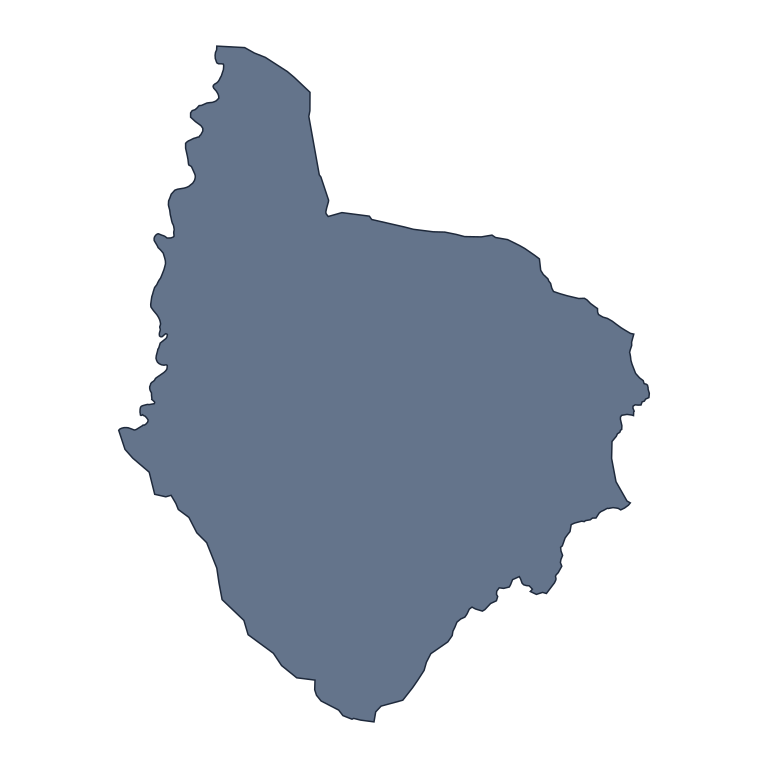 Villa Hidalgo, Oaxaca, Mexico (Albers equal-area conic projection)
{"feature_id": "50627088B9411614627727", "entity_name": "Villa Hidalgo", "entity_type": "district", "adm_level": 2, "iso_a3": "MEX", "parent_name": "Mexico", "parent_adm1": "Oaxaca", "projection": "albers", "projection_center": [-96.166, 17.184], "detail": "fine", "context": "isolated", "style": "filled", "palette": "slate", "viewbox_px": 768, "rotation_deg": 0, "n_neighbors": 0, "source": "geoboundaries", "source_scale": "gbopen_adm2", "svg_char_len": 5781}
<svg xmlns="http://www.w3.org/2000/svg" viewBox="0 0 768 768"><path d="M118.7,430.3L125.0,449.4L132.8,458.2L149.2,472.2L154.7,494.3L165.8,496.8L171.1,495.3L175.9,503.5L178.3,509.5L188.9,517.4L196.8,532.8L206.6,542.6L206.8,542.8L207.0,543.5L216.8,568.1L219.0,583.0L222.1,599.6L243.9,620.4L248.1,634.7L273.4,653.3L281.6,665.6L296.7,677.8L315.0,680.1L314.7,689.8L316.5,695.3L321.1,701.0L338.7,710.1L342.9,715.6L352.0,719.2L353.7,718.4L360.6,720.1L374.0,721.9L375.7,711.9L381.1,706.1L402.8,700.2L412.6,687.7L417.7,680.3L424.1,670.4L426.4,662.3L430.8,653.7L447.8,641.9L452.2,635.6L452.9,631.3L454.9,627.2L456.9,622.2L460.7,619.0L464.9,617.1L467.0,614.0L469.3,609.1L472.0,607.1L475.5,609.0L482.4,611.1L484.9,609.6L490.6,603.5L496.4,600.8L497.7,596.5L496.5,594.4L496.7,591.3L499.2,587.8L503.6,588.4L509.3,587.0L510.6,584.6L511.5,582.3L512.6,579.6L514.0,579.0L519.3,576.6L520.6,579.0L522.1,583.2L523.7,584.8L526.4,585.6L529.2,585.8L532.4,589.2L530.3,591.5L536.4,594.4L542.6,592.4L546.4,593.5L554.5,582.8L555.8,580.0L556.0,578.8L555.5,576.2L556.1,574.9L558.2,572.7L561.8,566.2L560.4,562.6L560.9,559.6L562.6,555.4L561.0,551.0L560.6,547.3L562.3,545.9L565.1,538.0L567.5,534.7L570.0,531.6L571.2,524.6L574.5,523.1L581.6,521.2L584.3,521.6L585.5,520.6L587.8,520.2L590.3,519.8L592.4,518.1L596.0,518.0L599.2,513.0L601.1,511.5L603.5,510.4L605.3,509.4L607.3,508.3L608.3,508.5L610.9,508.0L612.1,507.8L612.9,507.6L616.2,508.0L618.3,508.4L620.7,509.9L624.6,508.0L628.4,505.2L630.3,502.9L627.0,501.0L616.0,481.7L611.6,458.4L612.0,441.5L616.3,436.3L617.4,433.8L619.8,432.3L620.6,430.1L621.7,429.5L621.9,425.7L621.2,422.7L620.4,419.2L620.5,416.9L621.7,415.3L627.0,414.4L631.6,415.0L633.5,415.6L633.7,411.8L634.2,411.2L632.9,408.1L633.1,406.1L635.2,404.8L638.0,405.1L641.0,405.0L642.1,401.9L644.4,401.1L645.6,399.1L648.9,397.6L649.2,394.7L649.3,393.2L648.5,390.6L648.1,389.1L648.1,387.7L647.5,385.2L646.5,384.3L644.1,383.6L643.2,380.6L639.5,377.8L635.6,373.4L632.0,364.1L630.9,360.2L630.5,356.5L630.0,353.8L629.6,352.4L630.2,350.0L631.7,345.5L631.6,342.2L632.5,338.8L633.8,334.1L630.5,333.4L624.9,330.1L621.2,327.8L616.5,324.4L612.3,321.2L607.4,318.4L602.9,317.1L601.0,316.0L598.5,314.5L597.6,312.1L597.5,308.5L596.2,307.7L590.5,303.5L587.0,299.9L584.4,298.3L578.7,298.5L567.3,295.8L559.7,293.6L553.5,291.5L551.8,288.2L550.6,283.4L548.8,281.1L547.9,278.8L543.3,274.5L540.7,270.3L539.9,263.1L539.4,258.9L534.5,255.2L524.8,248.5L519.5,245.5L507.6,239.6L495.5,237.5L492.0,235.1L481.3,236.9L464.6,236.6L456.2,234.4L444.8,232.1L433.3,231.8L413.4,229.3L404.5,227.0L371.7,219.5L369.4,216.2L368.2,216.0L341.9,212.6L328.2,216.5L326.1,213.7L325.8,212.0L326.7,207.9L328.4,201.9L328.6,200.2L320.9,177.0L319.3,174.9L308.8,116.4L309.9,110.8L310.0,92.3L294.4,77.5L287.4,71.6L265.4,57.4L254.3,53.0L244.7,47.6L216.8,46.1L216.6,50.0L215.5,52.3L215.1,55.3L215.2,56.8L215.3,58.7L215.9,60.2L216.4,61.8L217.0,63.0L218.6,63.8L220.3,63.8L221.5,63.8L223.3,64.1L223.5,64.6L223.7,65.7L223.6,67.3L223.4,69.7L222.5,72.3L221.9,74.2L221.3,76.0L220.4,77.5L219.3,79.8L218.1,81.6L216.6,83.0L214.8,84.0L213.4,85.3L213.1,86.7L213.8,88.3L216.3,91.1L217.8,93.6L218.6,95.7L218.8,98.2L217.4,99.6L216.2,100.8L214.6,101.6L212.3,102.4L209.9,102.6L206.9,103.0L201.5,105.4L199.1,105.6L196.9,108.1L195.0,109.7L192.2,110.6L190.6,112.9L190.6,117.2L195.4,121.6L201.0,125.7L202.8,128.3L202.8,131.1L201.4,133.6L200.8,134.8L199.8,135.6L199.1,136.9L197.4,137.2L195.6,137.9L193.9,138.3L192.2,139.1L190.5,140.0L188.4,140.9L187.1,141.8L185.6,143.3L185.6,145.9L185.6,148.2L187.4,156.3L187.6,157.5L188.0,159.5L188.2,161.4L188.5,164.1L188.9,165.1L190.7,166.0L191.6,166.9L192.4,168.7L194.8,174.1L195.3,175.9L195.2,177.9L194.5,180.4L192.7,183.2L190.7,184.8L188.9,186.3L186.8,187.3L184.2,188.1L181.1,188.6L177.5,189.2L174.8,190.2L173.2,192.0L171.2,194.2L170.0,197.6L168.6,200.9L168.4,204.7L168.6,206.0L169.7,210.1L170.3,214.8L171.0,217.7L171.6,220.6L172.3,223.1L173.2,224.8L173.7,226.4L174.2,229.6L174.0,230.7L173.8,231.6L173.7,232.8L173.9,234.4L174.0,235.4L173.9,236.5L172.9,237.2L170.9,237.9L169.1,238.0L167.0,238.0L165.9,237.1L164.8,236.3L163.5,235.7L161.9,235.2L160.2,234.5L158.5,233.8L157.6,233.9L157.0,234.2L156.1,234.8L155.1,236.0L154.4,237.2L154.1,238.6L154.2,240.6L156.3,244.1L157.3,245.8L158.1,247.6L160.4,249.8L163.2,253.1L163.9,255.4L164.8,258.4L165.4,261.0L165.5,263.9L164.0,269.5L162.1,274.4L160.6,278.0L159.1,280.1L157.8,282.5L156.8,284.7L154.6,287.5L153.2,291.9L152.7,293.9L151.8,296.6L151.3,299.9L150.7,304.4L150.8,306.0L151.0,307.1L151.9,308.4L153.3,310.4L156.8,314.6L158.1,316.6L158.9,318.1L159.7,319.9L160.2,321.7L160.4,322.8L160.6,323.9L160.2,325.5L159.8,326.5L159.8,327.6L160.3,329.2L160.2,330.3L159.8,331.7L159.4,333.1L159.3,334.5L159.5,335.9L160.2,336.5L160.8,336.8L161.9,336.8L162.8,336.2L163.6,335.4L165.6,333.7L166.8,334.0L167.4,334.7L166.9,337.0L166.0,338.5L164.3,339.8L160.2,343.1L158.8,347.8L157.9,349.2L157.5,351.1L156.3,355.6L156.0,358.3L156.6,360.4L157.5,362.2L158.9,363.5L160.0,364.1L161.5,364.8L164.0,365.2L166.0,364.8L166.6,365.0L167.2,365.4L167.2,366.6L167.1,367.7L166.8,369.3L165.6,370.9L163.9,372.5L156.2,377.8L155.3,378.7L154.5,380.3L153.1,381.5L151.6,382.5L150.7,383.7L150.4,385.0L149.7,386.7L149.7,388.3L150.0,390.0L150.8,391.8L151.4,392.6L151.5,393.8L151.5,395.2L151.9,398.6L151.7,399.4L152.7,400.2L154.5,401.9L154.7,402.7L154.2,403.7L149.1,404.6L147.4,404.4L143.9,405.3L142.2,405.8L141.1,406.5L140.5,407.4L140.1,409.2L140.0,412.2L140.3,413.7L140.4,415.0L140.9,415.4L141.7,415.3L142.6,414.7L143.5,415.5L145.1,416.2L146.6,417.8L148.0,419.8L148.0,421.0L147.6,422.2L145.9,424.1L144.4,425.1L143.0,425.1L142.4,425.7L136.2,429.5L135.4,429.8L134.2,430.0L131.7,429.0L130.8,428.7L128.3,427.8L126.6,427.6L124.2,427.6L122.9,427.9L121.7,428.2L120.8,428.6L119.9,429.0L118.7,430.3Z" fill="#64748b" stroke="#1e293b" stroke-width="1.5"/></svg>